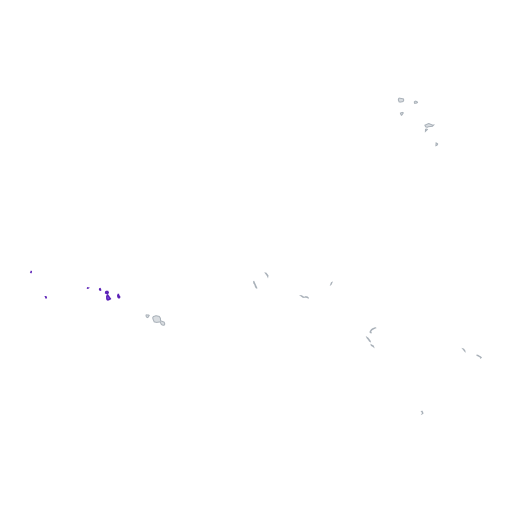 location of Leeward Islands within French Polynesia
{"feature_id": "PYF-4964", "entity_name": "Leeward Islands", "entity_type": "state/province", "adm_level": 1, "iso_a3": "PYF", "parent_name": "French Polynesia", "parent_adm1": "", "projection": "albers", "projection_center": [-151.978, -16.346], "detail": "fine", "context": "in_parent", "style": "filled", "palette": "violet", "viewbox_px": 512, "rotation_deg": 0, "n_neighbors": 0, "source": "natural_earth", "source_scale": "10m", "svg_char_len": 3701}
<svg xmlns="http://www.w3.org/2000/svg" viewBox="0 0 512 512"><path d="M160.6,320.8L164.1,322.1L164.8,324.0L164.0,325.3L162.2,325.0L161.3,324.3L160.1,321.9L156.6,322.4L154.2,321.9L152.9,318.8L152.8,317.4L153.4,316.6L156.0,315.7L159.2,316.4L160.4,318.2L160.6,320.8ZM428.7,123.5L432.5,125.1L433.7,125.0L432.4,126.3L428.5,126.7L427.2,127.3L425.6,126.8L424.9,125.2L428.7,123.5ZM402.9,101.6L400.3,102.1L399.1,101.9L398.3,99.8L398.7,98.5L399.2,98.1L403.4,98.9L403.7,99.8L403.6,100.7L402.9,101.6ZM108.9,299.3L107.9,299.3L107.0,298.9L107.2,296.2L107.5,295.7L108.9,296.6L110.0,298.9L108.9,299.3ZM148.4,316.9L147.6,317.6L146.6,317.1L146.2,316.4L146.0,315.7L146.2,314.9L148.6,315.0L149.2,315.4L148.4,316.9ZM416.2,103.2L414.5,103.3L414.3,102.0L414.9,101.4L415.6,101.1L416.8,101.6L417.5,102.2L417.4,102.6L416.2,103.2ZM402.0,114.9L401.4,115.3L400.5,113.7L400.4,113.1L402.3,112.4L403.3,112.9L402.0,114.9ZM256.7,287.6L256.8,288.0L256.3,288.0L255.4,286.7L255.1,285.5L254.6,284.2L253.8,283.2L253.7,282.4L253.7,281.0L254.6,283.1L255.4,284.8L256.0,286.2L256.7,287.6ZM371.1,332.3L371.2,332.8L370.3,332.7L370.1,332.5L370.1,331.6L370.8,330.5L371.4,329.6L372.5,328.8L374.4,328.0L375.3,327.7L375.6,327.9L375.3,328.0L372.1,329.7L371.0,330.9L370.6,331.8L370.6,332.1L371.1,332.3ZM436.9,145.3L435.9,145.7L436.1,142.9L437.2,143.5L437.7,144.0L437.4,144.7L436.9,145.3ZM370.1,340.9L370.3,341.6L369.4,341.1L368.6,339.7L367.1,338.0L366.8,337.3L367.9,338.0L368.7,339.0L370.1,340.9ZM107.5,293.6L107.0,293.7L106.6,293.3L106.3,292.5L106.5,291.4L107.7,292.2L108.2,292.7L107.5,293.6ZM427.4,129.5L425.4,131.4L425.5,129.3L426.2,129.1L426.8,129.1L427.4,129.5ZM481.3,357.5L480.7,358.0L480.7,357.5L480.1,357.1L479.2,356.5L477.9,355.8L477.2,355.6L476.9,355.2L477.4,355.1L478.2,355.4L479.2,356.1L480.5,356.8L481.3,357.5ZM268.0,275.6L267.8,276.8L267.3,275.7L265.9,273.8L265.3,273.0L266.0,273.1L268.0,275.6ZM373.4,346.0L373.7,347.0L373.1,346.5L371.3,345.5L371.1,344.7L373.4,346.0ZM307.4,297.0L308.7,298.3L306.9,297.4L304.7,296.9L305.5,296.7L306.8,296.8L307.4,297.0ZM304.1,297.3L303.1,297.4L300.8,295.7L301.7,295.8L303.1,296.8L304.1,297.3ZM465.0,351.0L465.0,351.5L462.8,348.8L463.7,349.1L465.0,351.0ZM422.9,413.5L422.1,413.9L422.5,413.3L422.0,411.8L421.5,411.6L422.0,411.2L422.7,412.3L422.9,413.5ZM331.1,284.4L330.7,284.7L331.4,282.7L332.0,282.4L331.1,284.4Z" fill="#d9dde1" stroke="#a8b0b8" stroke-width="1"/><path d="M107.2,295.7L107.5,295.6L108.0,295.7L108.4,295.9L108.5,296.1L108.8,296.7L110.3,298.8L110.0,299.0L109.1,299.5L108.8,299.6L108.5,299.4L108.4,299.4L108.3,299.7L108.3,299.8L108.1,299.9L107.9,299.9L107.7,299.9L107.2,299.6L106.9,298.7L106.8,296.3L106.9,296.0L107.2,295.7ZM107.7,292.8L107.7,293.6L107.6,294.0L107.3,293.9L107.1,293.7L105.8,293.1L105.6,293.0L105.6,292.9L105.8,291.9L106.1,291.6L106.6,291.5L107.3,291.5L107.2,291.8L107.7,291.9L107.9,291.9L108.0,292.0L108.2,292.3L108.1,292.6L107.9,292.7L107.7,292.8ZM118.9,296.5L119.0,296.3L119.5,296.5L119.6,296.8L119.6,297.0L119.6,297.3L119.5,297.5L119.3,297.5L119.2,297.7L119.1,297.8L118.8,297.8L118.3,297.5L118.2,297.3L118.1,297.0L118.2,296.7L118.5,296.6L118.8,296.6L118.9,296.5ZM118.4,294.9L118.9,295.8L118.7,296.0L118.2,296.3L117.9,296.4L117.8,296.1L117.8,295.8L117.8,295.5L118.1,294.8L118.2,294.5L118.4,294.5L118.4,294.9ZM99.7,288.9L100.1,288.7L100.3,289.0L100.5,289.6L100.5,290.1L100.1,290.1L99.8,289.8L99.6,289.3L99.7,288.9ZM46.1,297.4L46.2,297.7L46.3,298.0L46.4,298.3L46.1,298.0L45.8,297.2L45.6,296.8L45.8,296.8L46.0,296.9L46.0,297.1L46.1,297.4ZM31.1,272.1L31.1,271.9L31.1,271.6L30.7,271.4L31.0,271.4L31.2,271.5L31.2,271.8L31.2,272.1L31.0,272.4L30.9,272.3L31.1,272.1ZM88.1,288.0L87.8,288.2L87.6,288.1L87.7,287.9L88.1,288.0Z" fill="#8b5cf6" stroke="#5b21b6" stroke-width="1.5"/></svg>